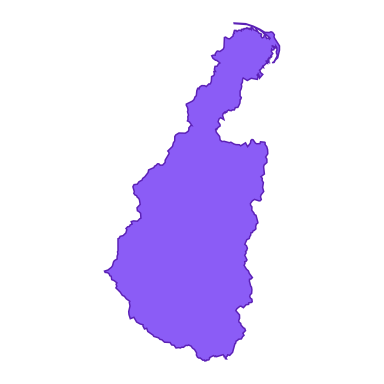 outline of El Collao, Puno, Peru
{"feature_id": "86281439B70453073553936", "entity_name": "El Collao", "entity_type": "district", "adm_level": 2, "iso_a3": "PER", "parent_name": "Peru", "parent_adm1": "Puno", "projection": "albers", "projection_center": [-69.665, -16.626], "detail": "fine", "context": "isolated", "style": "filled", "palette": "violet", "viewbox_px": 384, "rotation_deg": 0, "n_neighbors": 0, "source": "geoboundaries", "source_scale": "gbopen_adm2", "svg_char_len": 5942}
<svg xmlns="http://www.w3.org/2000/svg" viewBox="0 0 384 384"><path d="M122.3,295.3L124.4,296.3L126.3,298.8L129.8,301.3L129.3,302.3L130.0,306.0L128.7,311.6L129.0,314.6L130.3,318.7L133.9,317.3L136.6,322.0L140.2,324.0L143.0,324.7L143.0,326.1L144.5,329.0L146.7,328.3L147.8,331.5L152.9,335.0L153.8,336.4L158.5,337.8L160.0,339.4L161.8,339.7L164.5,342.2L170.1,342.5L171.6,344.9L174.1,345.3L176.0,348.0L178.5,347.6L180.4,348.0L181.7,347.2L183.5,347.3L185.8,345.4L187.6,345.5L188.6,345.0L191.1,346.1L192.5,348.1L194.5,349.5L196.6,352.9L196.4,355.0L197.5,357.2L199.0,358.1L200.2,358.0L202.8,360.2L204.6,360.1L204.9,361.0L206.5,360.6L206.6,360.1L208.8,359.9L209.6,358.6L209.6,357.6L213.5,355.6L215.0,356.7L215.7,356.0L216.5,356.7L223.1,354.7L224.2,356.0L224.0,356.7L225.2,357.2L225.4,358.7L226.5,358.9L225.8,357.3L227.2,356.1L227.7,354.8L229.7,355.4L232.6,352.3L234.9,343.8L235.5,343.5L236.2,341.0L237.7,340.3L238.4,339.3L241.4,338.9L242.6,336.6L244.0,335.4L242.9,333.2L245.5,330.6L244.7,328.4L243.5,327.9L241.1,325.2L240.7,323.4L239.0,322.0L238.7,320.6L239.6,318.3L239.5,314.9L235.8,310.6L236.9,308.7L239.9,306.3L241.0,306.2L243.4,307.7L246.1,304.7L248.6,304.4L248.8,302.8L251.6,302.4L252.2,301.7L251.9,299.2L250.4,298.1L249.7,296.4L250.2,294.8L251.6,293.4L251.9,289.9L251.5,287.1L250.7,286.1L249.4,281.2L249.5,279.3L251.0,279.0L252.4,277.6L249.3,273.4L248.4,270.9L246.5,269.2L244.1,265.4L245.0,263.4L244.7,261.7L246.0,261.4L247.0,259.9L244.7,255.2L246.1,253.0L245.6,251.5L246.6,250.6L247.4,248.3L246.4,245.7L244.8,244.3L246.8,239.7L249.3,238.5L249.7,236.6L250.6,235.4L251.0,232.7L252.4,232.5L253.3,230.6L254.2,230.5L255.9,228.9L255.7,226.4L256.4,224.0L257.7,223.2L257.9,222.5L256.0,215.3L254.3,214.4L254.0,213.1L251.8,210.3L251.9,206.8L250.6,205.3L250.4,203.4L252.4,200.8L254.5,199.4L259.1,200.9L260.3,200.7L261.3,199.5L260.5,196.8L261.1,194.8L263.7,191.5L262.6,187.5L263.4,182.6L262.1,180.4L262.3,178.3L260.9,176.7L264.4,174.0L263.6,166.8L264.1,165.0L266.9,162.5L266.9,159.1L265.6,157.0L267.8,153.8L267.6,149.8L266.8,146.8L265.1,144.5L265.1,142.6L264.7,142.2L260.5,141.8L260.0,143.6L256.7,143.8L255.4,143.1L253.1,139.8L252.0,139.5L250.9,140.4L250.4,143.2L247.6,146.6L245.5,142.8L240.7,145.8L239.3,144.7L235.8,144.6L233.8,143.9L230.9,142.2L229.3,142.7L224.2,141.3L221.9,141.5L220.1,140.0L219.6,136.4L216.3,132.2L215.6,129.4L216.4,128.7L216.9,129.3L218.0,127.5L220.1,126.0L220.0,124.5L218.1,121.8L219.0,119.0L220.6,117.7L223.9,119.6L222.6,115.4L223.2,113.5L224.7,112.2L225.0,112.9L225.4,112.1L225.8,112.5L226.9,112.0L227.1,111.1L228.8,109.9L229.5,110.5L231.4,110.7L232.3,109.9L234.4,109.9L235.3,107.6L237.8,107.4L238.5,106.2L239.9,103.1L240.2,99.5L240.9,99.0L241.3,97.5L240.1,96.0L240.1,91.1L241.2,88.8L241.7,86.3L241.3,84.2L242.4,82.4L242.6,79.2L243.2,78.0L247.3,80.5L251.2,78.3L257.4,79.4L258.1,76.6L256.8,74.5L257.8,75.1L258.2,73.8L258.6,74.5L258.1,75.0L259.2,75.9L259.6,78.1L262.8,74.4L260.1,72.2L260.3,71.2L259.5,70.2L261.6,68.5L262.5,66.8L263.4,67.4L262.8,65.3L263.4,66.0L266.6,63.1L267.2,63.3L266.6,62.0L268.2,62.4L267.4,61.6L268.3,61.6L267.4,61.0L268.0,61.0L268.0,60.4L268.8,61.4L268.9,60.5L267.9,58.8L268.7,59.3L269.2,58.9L268.4,57.8L269.6,58.4L269.5,57.7L270.1,57.9L271.5,56.9L271.6,56.4L270.7,56.4L270.7,55.9L272.8,53.6L271.3,51.4L271.6,49.3L272.1,50.1L273.7,49.8L273.8,49.1L275.6,47.7L273.2,47.1L271.7,45.5L276.1,47.6L276.0,46.4L276.7,47.4L277.0,50.1L276.3,51.5L276.6,53.9L277.4,54.3L276.8,56.7L274.0,61.8L272.2,62.8L274.1,62.4L275.3,60.1L277.7,57.8L279.5,50.1L279.5,45.9L274.5,38.1L274.0,36.6L274.4,34.8L272.6,32.4L271.0,31.8L269.2,32.5L264.8,32.3L259.9,29.3L253.3,26.2L245.7,23.7L234.1,23.0L234.2,23.6L246.9,24.5L254.2,27.1L256.3,29.0L257.4,28.6L259.1,29.6L263.0,32.4L263.5,33.3L265.8,34.3L269.7,37.7L270.0,38.5L269.4,39.1L269.0,38.0L266.6,38.5L265.6,36.2L265.9,35.0L264.3,35.1L263.7,37.3L262.2,37.9L260.8,35.9L261.6,34.9L261.2,33.9L258.7,32.9L257.7,31.4L256.7,31.2L257.1,30.4L256.4,29.6L255.8,30.6L253.5,29.7L253.0,28.5L251.9,27.9L251.4,29.2L251.0,27.8L250.6,28.3L250.8,29.2L249.9,29.4L249.6,28.5L248.8,28.9L248.6,28.3L247.7,28.5L247.0,27.7L246.2,28.2L246.4,28.5L244.1,28.6L244.1,29.2L243.3,29.7L242.9,29.2L241.5,29.4L241.4,30.9L239.8,30.2L238.5,30.3L237.0,31.5L235.9,30.3L234.7,30.8L234.2,29.8L234.5,30.8L233.8,32.3L234.2,33.4L233.2,34.2L233.1,35.9L231.4,37.4L229.7,38.8L227.9,38.6L225.6,37.1L224.4,37.5L224.0,47.4L223.2,49.1L219.9,51.5L217.7,51.0L216.8,51.4L215.2,53.9L215.2,55.2L213.1,55.2L211.7,55.8L213.0,58.4L215.5,60.2L216.9,60.5L219.9,63.0L218.3,64.1L217.1,66.2L215.0,66.4L214.4,69.3L215.5,71.5L213.9,71.5L214.4,74.4L213.5,75.7L211.6,76.6L211.3,81.4L210.7,83.0L209.9,84.1L208.9,83.9L206.2,86.6L204.8,85.7L201.8,85.6L199.9,86.8L199.0,88.9L198.4,88.1L197.7,88.3L196.8,90.8L196.3,95.7L195.0,96.9L194.0,99.6L192.4,101.1L186.3,104.1L186.3,105.3L187.5,107.5L188.0,110.1L187.5,111.7L188.5,115.1L187.8,116.6L188.0,119.4L187.4,120.9L189.4,121.9L191.8,125.4L191.1,125.2L188.8,127.9L188.9,129.4L188.2,131.3L185.3,133.2L178.9,133.0L175.8,134.9L174.8,136.5L174.7,140.9L173.4,142.8L172.5,146.4L167.8,151.0L168.8,152.2L169.1,153.6L165.2,160.1L165.1,162.5L162.6,165.1L160.2,165.2L158.8,163.8L157.5,163.8L155.9,165.5L154.5,166.2L153.9,167.6L148.6,169.9L148.1,172.5L144.8,176.8L142.7,178.4L142.0,180.1L138.9,181.8L137.3,184.2L134.1,184.6L133.6,185.3L132.9,186.8L134.3,191.6L133.8,193.4L134.9,194.9L136.6,195.7L137.3,197.3L138.6,198.2L139.4,199.8L140.2,204.4L137.0,207.8L137.4,210.8L138.7,211.4L140.6,213.3L140.9,218.2L139.8,218.7L137.4,221.2L133.5,220.9L131.2,221.6L132.1,224.1L130.1,225.0L129.5,226.4L127.6,226.8L126.0,228.5L126.8,229.6L125.9,232.9L123.1,235.6L120.1,236.4L119.2,238.2L118.0,238.7L118.0,250.9L117.5,251.8L117.9,253.9L117.1,256.2L117.1,259.0L114.4,260.6L113.5,262.0L112.5,265.8L111.4,267.3L108.0,270.0L104.5,271.1L105.1,272.4L107.7,272.7L109.3,274.1L109.8,275.7L111.2,276.3L111.7,279.6L114.3,280.7L116.9,282.9L116.1,284.2L116.8,286.2L115.9,287.9L120.2,292.1L122.3,295.3Z" fill="#8b5cf6" stroke="#5b21b6" stroke-width="1.5"/></svg>